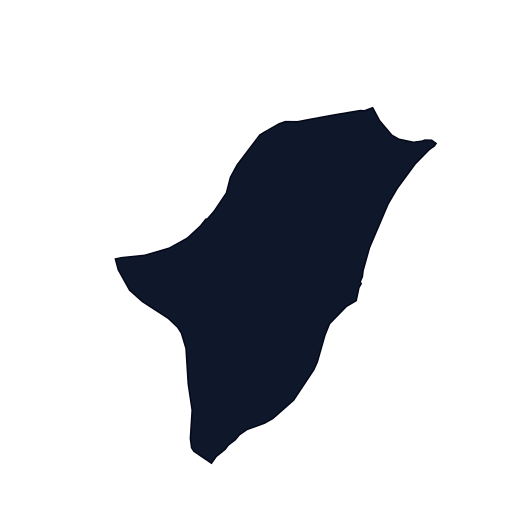 outline of San Juan Atitán, Huehuetenango, Guatemala, rotated 215°
{"feature_id": "79465075B84828217033389", "entity_name": "San Juan Atitán", "entity_type": "district", "adm_level": 2, "iso_a3": "GTM", "parent_name": "Guatemala", "parent_adm1": "Huehuetenango", "projection": "robinson", "projection_center": [-91.627, 15.473], "detail": "fine", "context": "isolated", "style": "filled", "palette": "ink", "viewbox_px": 512, "rotation_deg": 215, "n_neighbors": 0, "source": "geoboundaries", "source_scale": "gbopen_adm2", "svg_char_len": 1013}
<svg xmlns="http://www.w3.org/2000/svg" viewBox="0 0 512 512"><g transform="rotate(215 256 256)"><path d="M369.5,172.9L360.9,165.7L339.9,155.5L322.8,153.5L292.0,154.6L279.3,152.7L272.8,150.0L260.3,140.1L238.2,112.4L219.9,93.1L205.1,68.9L198.8,62.0L194.9,60.4L173.6,60.7L173.6,68.9L170.4,79.9L170.3,84.9L167.6,93.5L167.1,99.9L163.9,108.6L153.1,124.0L149.0,132.6L142.5,159.5L143.4,196.1L145.0,204.4L154.1,230.7L156.9,242.7L153.0,266.6L148.3,276.9L153.6,289.3L153.9,293.6L155.9,294.7L157.0,300.1L159.9,305.5L167.8,327.9L177.6,374.3L179.1,392.5L178.4,422.8L175.1,442.7L173.0,448.4L173.0,451.5L178.5,451.6L184.1,447.9L185.9,445.3L192.2,439.5L206.1,433.6L214.0,432.9L232.3,437.7L245.5,444.4L250.6,437.0L253.9,435.1L269.6,419.7L276.0,413.3L290.3,398.8L298.9,389.9L309.1,382.9L313.0,377.4L319.9,362.8L322.3,357.4L323.7,319.9L322.1,305.8L316.4,290.6L316.0,268.6L317.1,258.3L318.2,257.5L318.7,248.7L322.5,231.3L331.5,212.8L347.6,192.7L365.2,177.5L369.5,172.9Z" fill="#0f172a" stroke="#020617" stroke-width="1.5"/></g></svg>